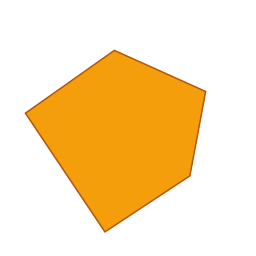 an SVG outline of Swain's Island, rotated 231°
{"feature_id": "ASM-5001", "entity_name": "Swain's Island", "entity_type": "state/province", "adm_level": 1, "iso_a3": "ASM", "parent_name": "American Samoa", "parent_adm1": "", "projection": "albers", "projection_center": [-171.079, -11.059], "detail": "fine", "context": "isolated", "style": "filled", "palette": "amber", "viewbox_px": 256, "rotation_deg": 231, "n_neighbors": 0, "source": "natural_earth", "source_scale": "10m", "svg_char_len": 238}
<svg xmlns="http://www.w3.org/2000/svg" viewBox="0 0 256 256"><g transform="rotate(231 128 128)"><path d="M204.1,57.6L196.9,166.2L107.5,211.3L51.9,146.0L61.8,44.7L204.1,57.6Z" fill="#f59e0b" stroke="#b45309" stroke-width="1.5"/></g></svg>